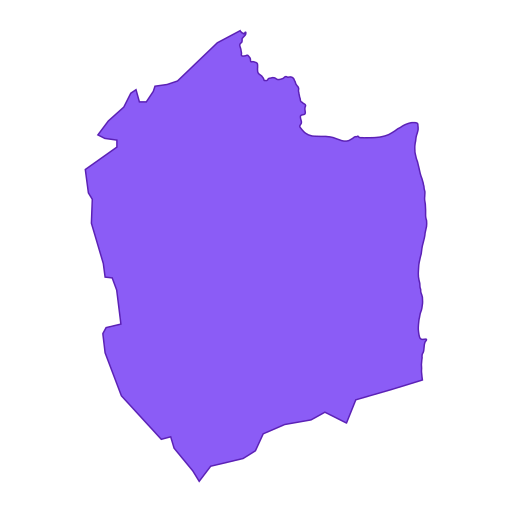 Gavar, Gegharkunik, Armenia (Mercator projection)
{"feature_id": "60910142B38789049969589", "entity_name": "Gavar", "entity_type": "district", "adm_level": 2, "iso_a3": "ARM", "parent_name": "Armenia", "parent_adm1": "Gegharkunik", "projection": "mercator", "projection_center": [45.138, 40.338], "detail": "fine", "context": "isolated", "style": "filled", "palette": "violet", "viewbox_px": 512, "rotation_deg": 0, "n_neighbors": 0, "source": "geoboundaries", "source_scale": "gbopen_adm2", "svg_char_len": 5932}
<svg xmlns="http://www.w3.org/2000/svg" viewBox="0 0 512 512"><path d="M91.4,223.2L103.3,263.5L105.1,277.1L112.2,277.9L116.7,290.1L120.0,316.7L120.9,324.1L106.1,327.6L102.9,333.5L102.9,333.9L103.0,335.1L104.6,348.5L105.1,352.8L121.4,395.8L161.3,439.3L170.7,436.8L174.1,448.2L192.8,470.9L199.2,481.3L210.7,466.2L243.1,458.5L255.4,450.8L263.2,433.8L284.7,424.5L311.0,419.9L324.9,412.2L346.4,423.0L346.5,423.0L355.8,399.8L392.8,389.1L422.4,380.0L422.0,376.9L421.5,371.8L421.5,370.3L421.6,368.3L421.5,366.3L421.4,364.5L421.6,362.4L421.8,360.0L422.1,357.8L422.0,356.0L422.1,355.3L422.2,354.4L422.5,353.7L423.2,352.4L423.6,351.2L423.8,350.0L424.2,346.0L424.3,344.8L424.6,343.5L424.9,342.5L425.2,341.8L425.6,341.2L426.0,340.8L426.3,340.3L426.5,339.8L426.4,339.4L426.2,339.2L425.8,339.1L424.7,339.2L422.9,339.4L422.1,339.4L421.3,339.2L420.8,338.9L420.3,338.5L419.8,337.7L419.5,337.0L418.9,334.4L418.5,331.6L418.3,329.4L418.3,327.2L418.5,324.2L419.0,319.7L419.2,318.7L419.5,317.4L419.7,316.2L420.2,313.6L420.4,313.0L420.9,311.5L421.3,310.5L421.8,308.5L422.0,307.3L422.3,304.9L422.5,303.8L422.6,301.9L422.5,299.4L422.4,297.2L422.1,296.1L421.8,295.0L421.1,293.1L420.9,292.3L420.7,291.4L420.7,289.8L420.6,289.2L420.2,288.0L420.0,287.2L419.9,285.7L419.8,283.7L419.7,283.0L419.0,280.1L418.8,278.9L418.6,277.8L418.4,276.4L418.4,275.3L418.3,274.0L418.4,271.1L418.8,264.8L419.0,263.6L419.2,262.3L419.7,260.1L420.3,257.3L420.8,255.3L421.2,253.9L421.4,252.3L421.6,250.8L421.8,249.1L421.9,248.5L422.4,245.7L423.1,243.0L424.3,238.2L424.7,236.2L424.9,235.0L425.0,233.8L425.1,233.0L425.5,231.1L425.8,229.8L426.1,228.3L426.5,226.6L426.6,225.3L426.7,223.7L426.6,221.2L426.5,220.2L426.2,219.4L425.9,218.1L425.7,216.9L425.6,215.5L425.6,213.0L425.6,210.0L425.4,205.9L425.3,204.2L424.9,201.6L424.7,200.4L424.6,199.1L424.6,197.8L424.7,196.8L424.9,193.1L424.9,191.7L424.4,189.7L424.2,189.1L424.1,188.2L424.0,187.3L423.9,186.2L423.4,184.4L423.3,183.6L423.1,182.6L422.8,181.7L422.0,178.8L421.1,176.4L420.6,174.8L420.2,173.4L419.9,172.1L419.1,168.5L418.6,166.4L418.3,165.2L418.1,164.3L417.5,161.8L416.6,159.3L416.2,158.0L415.9,156.6L415.6,155.3L415.3,154.0L415.0,152.5L414.9,151.6L414.9,150.5L414.8,148.8L414.8,148.0L414.8,146.6L414.9,145.4L415.2,143.0L415.6,141.1L416.0,137.7L416.2,136.7L416.6,135.1L417.2,133.3L417.8,131.0L418.0,130.2L418.1,129.3L418.1,128.1L418.1,127.3L417.9,125.6L417.9,124.9L417.8,124.2L417.7,123.8L417.5,123.5L417.0,123.1L416.4,122.9L415.7,122.7L414.3,122.6L413.6,122.6L412.4,122.6L411.2,122.7L409.1,123.2L407.6,123.7L406.2,124.2L404.8,124.8L403.4,125.5L402.4,126.1L400.9,127.1L400.1,127.6L397.9,128.7L395.7,130.3L394.6,131.1L391.7,132.9L388.7,134.6L387.3,135.1L386.2,135.5L384.7,136.0L381.7,136.7L379.8,137.1L376.9,137.4L374.6,137.6L372.3,137.7L363.9,137.8L362.6,137.7L360.5,137.7L359.8,137.6L359.3,137.4L358.9,137.1L358.0,136.2L357.7,136.2L357.5,136.3L357.0,136.6L356.5,136.7L355.6,136.7L355.2,136.7L354.7,136.9L354.0,137.3L352.6,138.4L350.9,139.4L350.2,139.8L349.4,140.3L348.4,140.7L347.4,140.9L346.4,141.1L345.3,141.1L344.1,141.1L343.0,140.9L342.1,140.7L341.2,140.5L340.3,140.1L336.0,138.6L333.3,137.6L332.0,137.3L329.5,136.8L328.2,136.7L325.7,136.4L320.6,136.4L314.6,136.2L313.3,136.1L312.2,136.0L311.5,135.8L309.2,135.1L308.2,134.8L307.5,134.3L306.5,133.8L305.4,133.1L304.5,132.4L303.5,131.4L302.7,130.5L301.9,129.6L300.4,127.7L300.1,127.3L299.9,126.8L299.7,126.3L299.8,125.8L300.0,125.4L301.2,123.5L301.3,123.2L301.4,122.8L301.4,121.7L301.3,121.2L301.0,120.1L300.6,118.6L300.4,117.3L300.4,116.7L300.4,116.2L300.7,115.7L300.9,115.5L301.3,115.2L301.8,115.0L303.9,114.5L304.4,114.3L304.7,114.1L305.1,113.7L305.2,113.0L305.3,112.5L305.1,110.9L304.9,109.5L304.9,108.2L305.0,107.7L305.1,107.1L305.3,106.6L305.5,106.1L305.6,105.7L305.5,105.3L305.3,104.8L305.1,104.5L304.3,103.9L303.3,103.4L302.4,102.5L301.9,102.2L301.6,102.1L301.2,101.8L300.9,101.5L300.6,101.0L300.4,100.3L300.2,98.8L299.6,96.9L299.3,95.2L299.0,94.0L298.8,92.5L298.6,91.8L298.5,91.2L298.5,90.6L298.5,90.1L298.6,89.5L298.7,88.9L298.5,87.9L298.2,87.2L297.9,86.6L297.1,85.8L296.7,85.2L296.3,84.7L295.8,83.8L295.1,81.6L294.7,80.9L294.4,80.3L293.8,78.8L293.2,78.2L292.8,77.7L292.0,77.3L291.4,77.1L290.6,76.9L289.8,77.0L289.2,77.0L288.7,77.1L288.2,77.3L287.8,77.3L286.8,76.8L286.5,76.7L286.1,76.6L285.6,76.6L285.0,76.8L284.5,77.2L283.6,78.0L283.1,78.4L280.8,79.2L279.3,79.5L278.4,79.6L277.6,79.5L277.0,79.3L276.0,78.7L275.5,78.3L274.9,78.0L274.3,77.8L273.5,77.7L272.8,77.6L272.2,77.7L271.0,78.0L270.1,78.2L269.2,78.3L268.7,78.5L268.2,78.9L268.0,79.2L267.8,79.6L267.5,80.0L267.2,80.3L266.8,80.5L266.3,80.6L264.7,80.5L264.3,80.5L264.1,80.3L263.9,79.8L263.8,79.4L263.6,78.8L263.3,78.2L262.9,77.6L262.1,76.6L261.7,76.0L260.5,75.1L259.8,74.6L259.1,74.1L258.7,73.6L258.2,73.0L257.9,72.5L257.7,71.7L257.6,71.0L257.5,68.8L257.6,67.8L257.6,65.0L257.4,63.8L257.2,63.4L256.9,63.1L256.0,62.5L255.3,62.3L254.6,62.1L254.0,61.8L253.4,61.7L252.9,61.6L252.3,61.7L251.3,61.8L251.0,61.7L250.7,61.5L250.5,60.5L250.4,59.0L250.1,58.1L249.7,57.5L248.4,55.9L247.9,55.4L247.2,55.2L246.7,55.3L245.5,55.8L243.3,56.1L242.7,56.1L242.2,56.0L241.8,55.7L241.5,55.3L241.3,54.9L241.4,54.3L241.5,53.6L241.4,52.3L241.2,51.6L241.1,50.9L241.0,50.3L240.9,49.5L240.5,48.0L239.9,46.2L239.8,45.6L239.7,45.1L239.8,44.7L239.9,44.3L240.2,43.8L240.7,43.2L241.7,42.3L241.9,41.9L242.1,40.8L242.1,40.2L242.1,39.2L242.1,38.8L242.3,38.3L243.2,37.3L244.4,36.0L245.0,35.4L245.3,34.9L245.6,34.5L245.7,34.0L245.9,32.9L245.8,32.6L245.7,32.3L245.5,32.2L245.3,32.2L245.1,32.4L244.5,33.4L244.2,33.7L244.0,33.8L243.7,33.8L243.4,33.7L243.2,33.6L243.2,33.3L243.0,33.2L242.7,33.0L242.1,32.9L241.9,32.8L241.7,32.6L241.6,32.4L241.2,32.0L240.4,31.3L240.2,31.1L240.1,30.7L217.3,42.8L177.5,81.0L167.1,84.5L155.0,86.2L153.3,91.4L146.3,101.9L139.4,101.9L136.0,89.7L130.8,93.2L123.8,107.1L108.3,121.0L97.9,134.9L104.8,138.4L116.9,140.1L116.9,147.1L85.3,169.5L88.4,192.9L92.3,199.3L91.4,223.2Z" fill="#8b5cf6" stroke="#5b21b6" stroke-width="1.5"/></svg>